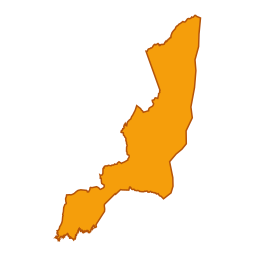 Ahafo Ano South West, Ashanti, Ghana (Equal Earth projection)
{"feature_id": "2480657B58897854519282", "entity_name": "Ahafo Ano South West", "entity_type": "district", "adm_level": 2, "iso_a3": "GHA", "parent_name": "Ghana", "parent_adm1": "Ashanti", "projection": "equal_earth", "projection_center": [-2.174, 6.894], "detail": "fine", "context": "isolated", "style": "filled", "palette": "amber", "viewbox_px": 256, "rotation_deg": 0, "n_neighbors": 0, "source": "geoboundaries", "source_scale": "gbopen_adm2", "svg_char_len": 5749}
<svg xmlns="http://www.w3.org/2000/svg" viewBox="0 0 256 256"><path d="M146.0,51.2L160.0,90.3L159.6,90.9L159.8,92.4L159.4,92.9L158.6,93.7L158.6,94.9L157.7,98.4L156.0,97.9L155.1,97.9L154.1,99.8L152.2,100.3L152.6,102.0L153.6,103.6L153.2,105.2L152.5,106.2L150.6,107.2L149.3,108.1L148.6,109.5L148.6,110.7L143.3,112.3L143.1,111.7L142.3,110.7L141.5,110.2L140.6,108.6L136.7,105.6L135.2,110.3L132.7,115.2L131.6,116.7L130.8,118.9L129.0,120.3L128.7,120.8L128.0,121.4L127.3,122.5L126.7,125.5L126.3,125.1L126.0,125.5L125.7,125.3L126.1,124.6L125.4,123.5L125.3,123.9L124.9,124.0L124.5,124.4L124.5,124.9L124.2,125.0L124.1,124.8L124.2,125.8L124.0,126.2L123.8,126.3L123.8,126.6L124.0,127.2L124.0,127.9L123.6,128.5L122.8,128.6L122.7,129.4L122.0,130.2L122.1,130.6L121.3,130.9L121.0,132.2L121.6,132.5L123.3,132.8L123.5,135.1L124.4,135.9L124.8,137.0L125.6,137.8L125.9,138.4L125.9,140.8L126.2,141.1L126.3,141.8L126.6,142.8L126.5,143.6L127.1,145.1L127.0,146.2L126.6,147.0L126.5,151.3L126.9,151.8L127.2,154.3L127.7,154.8L128.6,154.9L129.2,155.8L129.1,157.2L128.0,158.8L127.8,160.0L124.4,162.0L122.3,162.8L121.5,163.4L119.0,161.8L117.4,163.1L117.0,164.2L115.4,164.3L114.7,164.0L114.2,164.6L113.6,165.0L111.9,165.1L111.1,165.8L108.3,165.3L107.6,165.9L105.6,165.9L104.5,166.4L104.4,166.9L104.1,166.9L103.9,167.3L103.9,168.1L103.6,168.1L103.6,167.7L103.0,168.6L102.9,173.2L102.7,173.9L101.9,175.1L100.6,175.3L100.0,174.9L100.3,176.1L100.3,178.3L101.1,178.3L101.2,178.5L101.4,181.6L101.7,183.4L104.2,185.1L104.2,186.8L103.4,187.8L100.5,189.4L100.0,189.3L99.0,188.1L98.0,187.4L96.6,186.7L91.9,187.7L90.6,187.4L90.1,187.8L89.9,189.4L89.4,190.5L89.0,190.9L88.7,191.8L88.4,191.9L87.4,191.9L87.0,190.8L86.6,190.4L80.7,189.8L78.1,190.4L76.4,191.5L74.2,193.5L72.4,194.4L70.8,194.9L70.0,194.7L66.6,194.9L66.3,196.8L65.7,198.2L65.6,199.0L65.9,202.0L66.3,202.8L66.3,203.3L66.2,203.7L64.9,204.5L63.7,207.6L63.4,211.7L62.7,214.7L63.1,215.7L62.7,216.4L62.3,220.9L61.8,222.7L61.0,224.6L59.6,227.0L59.4,228.5L59.0,229.1L58.7,229.9L58.1,230.4L57.1,230.7L57.6,231.8L57.2,232.2L57.0,233.2L57.1,233.4L57.4,232.7L57.8,232.8L57.5,234.1L57.8,234.1L58.6,235.4L58.4,236.0L57.9,236.4L57.1,236.1L57.0,236.3L57.2,236.5L56.7,236.7L56.5,236.2L56.0,236.3L55.8,237.0L55.5,237.3L56.6,237.1L56.7,237.4L56.3,238.3L56.7,238.4L57.3,238.1L57.6,238.3L57.8,239.1L58.2,239.0L58.1,239.8L58.3,240.6L58.7,240.3L59.3,240.6L59.3,239.8L59.1,239.7L59.0,239.3L59.4,238.9L59.7,239.0L59.6,238.6L59.8,238.1L60.1,237.8L60.0,237.4L60.6,236.5L62.3,236.4L61.9,237.1L62.0,237.4L62.2,237.1L62.6,237.2L63.0,236.7L63.0,236.4L63.6,235.7L63.7,235.9L63.6,236.0L63.6,237.4L63.9,237.0L64.2,237.1L64.5,236.9L64.0,236.2L64.5,235.8L64.4,235.4L64.8,235.1L65.5,235.4L66.0,235.0L66.4,234.4L66.7,234.2L67.3,234.6L67.2,234.1L67.7,234.1L67.7,233.8L68.1,234.1L67.8,234.9L68.3,235.0L68.7,235.7L68.4,235.9L68.3,236.7L68.5,236.4L68.9,236.7L69.1,236.2L69.3,236.2L69.5,236.7L69.8,236.8L69.7,238.2L70.4,238.2L70.5,237.9L70.4,237.5L70.7,237.2L71.0,238.0L71.5,238.0L71.7,238.3L72.4,238.5L73.2,239.3L73.5,239.2L73.4,239.6L73.7,240.0L74.2,239.1L75.0,238.8L75.3,238.9L75.4,238.4L75.2,237.8L75.5,237.6L75.4,237.4L75.5,237.2L76.1,237.3L75.3,236.9L75.3,236.6L75.7,235.8L75.7,234.9L76.0,234.7L76.5,235.1L76.6,234.8L76.9,233.1L77.5,232.8L78.0,232.8L78.2,231.7L77.9,231.4L78.1,231.1L78.0,230.4L78.3,230.0L78.6,230.3L78.7,229.9L79.0,229.8L79.2,229.3L78.9,228.6L79.2,228.3L79.3,228.9L79.7,229.2L80.1,229.1L80.0,229.4L80.2,229.7L80.5,231.3L81.2,230.9L81.3,230.6L81.6,230.6L81.7,230.1L82.1,230.2L81.9,231.3L82.3,231.9L82.7,230.9L83.1,231.0L83.3,231.4L83.1,231.8L82.8,232.0L83.0,232.6L83.4,232.7L83.5,231.9L83.9,232.0L84.4,231.4L84.6,231.7L84.7,231.4L84.9,231.7L85.3,231.7L85.3,231.1L85.5,231.0L86.0,231.5L86.6,230.7L87.1,231.3L87.8,230.5L88.0,230.7L88.5,231.8L88.4,232.5L89.1,232.7L89.4,232.6L89.2,232.0L90.1,231.9L90.3,231.5L90.6,231.5L90.8,230.7L90.7,230.0L91.1,229.8L91.3,229.1L91.5,229.5L91.7,229.4L92.1,229.6L92.2,229.3L92.7,229.0L92.8,228.8L92.5,228.3L92.7,228.2L92.1,227.4L93.6,225.2L94.1,225.4L94.2,226.7L94.6,227.1L94.4,227.7L95.8,227.3L96.4,226.8L96.0,225.0L96.7,223.5L104.5,211.4L104.7,209.0L104.3,205.9L104.4,204.6L104.6,204.2L113.8,195.0L115.2,193.7L115.6,194.3L120.6,189.6L122.1,189.9L128.8,190.1L129.6,187.1L130.1,187.0L130.7,187.4L130.4,187.8L130.7,187.8L130.7,188.0L132.0,189.4L132.7,189.5L133.9,189.2L134.9,190.4L135.5,190.3L136.2,190.6L137.1,190.7L137.7,190.4L139.0,190.8L139.5,191.4L141.9,191.7L143.9,191.7L144.7,191.2L145.3,191.4L146.2,191.1L147.0,191.1L147.3,191.2L147.9,192.1L149.4,192.1L150.4,191.4L150.8,191.5L151.6,192.3L152.5,192.2L154.0,192.8L154.7,192.6L155.2,193.1L155.8,193.0L156.4,193.9L156.8,194.0L158.1,193.6L159.4,195.6L160.1,196.0L161.0,196.2L163.5,198.8L171.0,192.9L173.0,186.2L172.8,177.6L169.6,161.7L176.1,154.0L182.0,149.1L186.3,143.8L186.1,130.8L192.3,117.8L190.9,107.0L194.5,87.6L195.9,70.7L195.0,59.8L198.6,46.6L199.0,33.9L200.5,18.0L196.3,16.2L195.7,15.4L194.8,15.4L193.3,17.2L192.8,17.4L191.7,17.0L191.3,17.8L189.8,18.7L188.3,18.5L187.4,19.0L185.8,21.2L184.9,22.0L183.7,21.9L182.9,21.5L180.3,23.5L178.9,24.2L178.1,25.2L177.4,25.9L176.8,26.0L175.7,27.3L175.6,28.0L175.1,29.0L173.5,30.7L172.1,32.6L171.0,35.6L171.0,37.0L170.8,37.6L170.5,37.5L170.3,37.7L170.2,37.6L169.6,38.4L169.3,38.4L168.9,39.1L168.2,39.4L168.1,39.8L167.1,40.4L166.8,40.8L166.7,41.1L166.8,41.4L166.1,41.6L165.8,41.4L165.7,42.0L165.3,42.0L164.9,42.3L164.9,42.7L164.4,43.4L164.3,44.0L163.2,44.5L162.8,44.3L162.3,44.6L161.3,44.4L159.9,45.6L159.7,45.6L159.8,45.3L159.4,45.2L159.5,44.7L158.8,44.7L158.7,44.2L158.0,43.5L155.9,44.8L155.7,44.5L155.1,44.5L154.4,44.8L154.3,44.6L153.3,45.5L153.1,46.2L152.7,46.6L152.7,46.8L151.9,47.7L151.5,48.0L150.6,48.0L150.2,48.5L148.4,49.0L147.7,50.1L147.2,51.3L146.0,51.2Z" fill="#f59e0b" stroke="#b45309" stroke-width="1.5"/></svg>